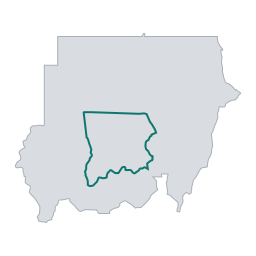 location of North Kordufan within Sudan
{"feature_id": "SDN-883", "entity_name": "North Kordufan", "entity_type": "State", "adm_level": 1, "iso_a3": "SDN", "parent_name": "Sudan", "parent_adm1": "", "projection": "mercator", "projection_center": [29.791, 14.01], "detail": "medium", "context": "in_parent", "style": "outline", "palette": "teal", "viewbox_px": 256, "rotation_deg": 0, "n_neighbors": 0, "source": "natural_earth", "source_scale": "10m", "svg_char_len": 5352}
<svg xmlns="http://www.w3.org/2000/svg" viewBox="0 0 256 256"><path d="M179.8,211.7L177.3,211.7L177.0,211.1L177.1,209.4L177.4,208.2L178.3,206.2L178.0,205.2L178.2,203.6L177.5,201.9L171.5,196.8L170.3,195.4L167.1,194.2L167.7,192.7L166.3,182.4L167.0,181.2L167.2,179.4L167.2,177.8L167.9,175.1L168.0,174.0L161.6,173.9L161.5,175.1L161.8,176.4L161.8,176.9L152.9,176.9L156.5,181.0L156.6,182.8L156.4,185.0L156.5,186.4L156.7,187.3L157.6,189.1L157.6,189.5L157.4,189.9L151.0,195.3L150.0,197.8L149.1,199.1L147.3,201.3L141.5,207.1L140.6,207.5L136.2,207.7L135.8,207.8L135.4,208.1L135.2,208.0L131.5,204.6L125.1,200.6L120.9,202.7L119.8,203.5L119.8,205.4L119.1,206.4L118.0,207.5L114.9,208.2L113.3,208.8L111.4,209.9L109.5,211.7L109.4,212.7L109.6,213.5L98.9,213.5L98.2,212.8L96.6,209.8L95.6,210.0L85.8,209.6L84.4,209.9L81.6,211.2L80.2,211.4L78.8,210.8L73.7,204.8L72.6,204.1L71.4,202.7L70.3,202.0L69.9,201.6L69.8,200.9L69.9,199.6L69.5,198.8L68.7,198.6L61.8,200.0L60.8,199.8L59.4,200.1L58.9,200.3L58.3,201.1L58.2,202.8L58.0,203.6L57.5,204.5L55.5,206.5L55.1,207.4L55.2,209.7L55.1,210.8L54.8,211.3L53.9,212.2L53.6,212.7L53.2,215.5L52.2,217.3L51.9,217.9L51.9,219.1L51.7,219.5L48.6,220.5L47.4,221.1L46.7,222.1L46.5,222.5L45.2,222.2L43.5,221.9L40.2,221.6L39.0,221.1L38.3,220.5L38.5,218.7L38.2,218.4L37.7,218.0L37.3,217.3L37.4,216.4L39.1,214.4L39.5,213.3L39.9,208.3L39.8,206.8L38.4,203.9L35.3,199.1L34.6,198.1L30.6,194.1L30.2,193.5L29.2,191.8L30.3,188.1L30.4,187.0L30.1,186.0L29.1,185.2L28.2,185.1L27.1,184.1L26.3,183.6L25.6,182.8L25.2,181.5L25.5,177.1L25.3,176.5L24.3,176.4L24.0,176.1L24.1,175.2L23.5,172.7L22.9,170.6L23.3,169.5L22.4,167.9L20.8,167.3L17.7,167.8L16.7,167.7L16.1,167.4L15.6,166.8L15.4,166.1L15.6,165.1L16.5,163.2L17.6,161.7L19.8,160.3L20.4,159.5L20.8,158.7L20.8,157.8L20.7,156.7L20.4,155.8L19.8,154.6L19.1,153.2L19.1,152.2L19.4,151.5L20.0,150.7L22.3,149.0L24.5,147.7L24.9,147.2L24.8,146.6L23.7,145.5L23.4,143.3L22.8,141.8L24.0,140.7L24.8,140.3L26.2,139.9L26.7,139.4L26.9,138.5L26.8,137.6L27.3,137.0L27.9,135.6L28.5,135.0L30.2,133.3L30.6,132.3L30.7,131.3L30.2,128.2L31.3,126.9L32.5,125.8L34.4,125.9L37.3,125.6L39.2,125.2L40.6,125.2L43.8,125.8L44.2,125.5L44.3,124.7L44.3,65.2L57.5,65.3L57.7,65.2L57.7,36.5L141.3,36.5L142.0,36.4L143.3,33.7L143.9,33.5L144.7,33.7L145.0,34.3L144.3,36.5L217.3,36.5L217.5,39.8L218.1,42.4L220.1,46.2L221.9,48.2L222.5,49.3L222.6,49.8L222.5,50.3L222.0,49.7L221.1,49.4L220.9,51.1L221.4,54.7L222.1,57.2L221.6,59.5L221.6,63.5L222.6,68.2L222.4,71.2L223.9,78.1L225.4,82.0L226.2,82.9L227.1,83.4L228.8,83.8L231.4,85.7L233.5,87.8L234.2,88.9L235.2,90.1L235.8,89.8L236.3,89.5L236.9,90.5L240.2,92.6L240.6,93.5L239.5,94.4L238.1,96.1L237.5,97.6L237.1,98.0L236.0,99.0L235.9,99.4L235.4,99.7L234.9,99.7L233.8,100.3L232.8,100.1L231.8,100.4L231.4,100.7L230.6,101.0L229.5,101.2L227.9,102.5L226.4,103.1L225.9,103.6L225.1,106.1L224.6,106.8L222.4,106.9L221.3,107.1L219.9,106.8L219.2,106.8L219.0,107.4L218.7,109.5L218.8,110.5L217.5,112.9L217.9,117.5L216.7,121.0L216.5,121.7L215.3,124.5L214.7,125.5L213.2,130.5L212.6,132.1L211.3,133.7L212.7,145.9L211.6,149.6L211.6,151.6L210.9,154.6L210.3,156.0L209.3,157.7L208.5,159.5L207.8,162.0L207.3,166.6L207.1,167.0L203.2,167.6L202.0,167.9L201.2,168.4L200.2,169.6L198.2,172.9L197.2,174.9L195.6,177.6L193.7,179.5L193.3,180.5L193.0,182.2L192.3,185.0L191.7,186.9L191.8,188.5L191.2,191.2L191.3,192.5L190.6,193.3L189.7,194.0L189.1,194.2L186.4,192.3L184.6,193.6L183.4,195.4L182.5,197.1L183.0,200.9L182.9,201.7L182.7,202.6L180.9,206.3L180.4,208.0L179.8,211.0L179.8,211.7Z" fill="#d9dde1" stroke="#a8b0b8" stroke-width="1"/><path d="M122.0,167.6L118.4,173.1L118.1,173.2L117.0,172.9L116.6,173.0L116.3,173.2L114.9,172.9L114.0,172.3L111.3,170.3L110.9,170.2L110.4,170.2L110.1,170.4L109.4,171.2L108.9,171.9L108.0,172.5L107.5,173.2L107.2,174.3L106.8,175.7L106.6,176.4L106.8,176.9L106.7,177.3L106.3,177.6L105.4,177.9L103.9,178.2L102.5,178.2L102.0,178.0L101.4,177.7L100.4,177.7L99.7,177.5L99.1,177.5L98.6,177.7L97.8,179.8L96.8,181.9L95.5,183.1L93.5,185.2L92.8,185.6L91.2,186.0L89.8,186.0L88.6,185.5L87.8,184.9L87.8,181.6L87.4,179.4L86.5,177.7L86.4,177.0L85.5,175.4L85.6,173.8L85.0,171.6L85.1,171.2L85.8,170.0L86.2,168.8L86.2,166.8L86.4,164.7L86.8,163.9L88.8,161.3L89.7,159.8L89.8,158.2L91.6,156.2L91.8,155.4L91.8,154.9L91.7,154.4L90.7,152.8L91.3,149.4L89.3,143.7L87.9,139.1L87.3,138.0L86.8,137.6L86.6,137.3L83.7,112.6L84.0,112.2L91.5,112.2L139.3,113.8L144.0,113.4L144.7,113.5L146.6,114.1L149.9,121.7L152.0,124.5L154.9,129.4L155.3,130.3L156.1,132.7L151.6,134.6L151.4,134.8L151.5,135.6L149.9,136.8L148.4,140.0L148.0,140.3L146.8,140.9L146.5,141.2L146.0,141.9L145.7,142.9L145.5,144.7L145.5,146.6L145.7,147.8L146.3,149.5L148.1,150.9L149.1,153.0L149.9,154.5L150.3,154.9L151.2,155.8L152.3,156.1L152.7,156.4L152.7,156.8L152.3,158.1L152.6,159.2L152.5,159.6L152.1,160.2L150.9,160.6L148.8,162.1L147.5,163.3L147.1,163.7L147.8,168.9L145.1,167.4L144.8,167.3L144.1,167.4L142.6,168.4L142.1,168.5L141.5,168.6L140.8,168.4L140.5,168.4L140.1,168.6L139.7,168.9L139.4,169.3L138.6,170.6L138.3,170.9L137.4,171.5L136.4,171.9L135.6,172.8L135.2,173.0L134.9,173.2L134.2,173.3L133.8,173.2L133.4,173.0L132.9,172.6L132.5,172.2L131.3,170.6L131.0,170.3L130.7,170.1L129.7,170.0L126.2,170.1L125.8,170.1L125.5,169.8L125.3,169.5L125.4,168.1L125.3,167.7L125.0,167.3L124.6,167.0L124.0,166.9L123.0,167.0L122.5,167.2L122.0,167.6Z" fill="none" stroke="#0f766e" stroke-width="2"/></svg>